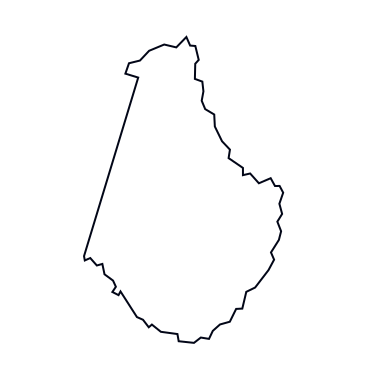 outline of Suwannee, Florida, United States of America, rotated 197°
{"feature_id": "52423323B35502407860174", "entity_name": "Suwannee", "entity_type": "district", "adm_level": 2, "iso_a3": "USA", "parent_name": "United States of America", "parent_adm1": "Florida", "projection": "equal_earth", "projection_center": [-83.03, 30.162], "detail": "fine", "context": "isolated", "style": "outline", "palette": "ink", "viewbox_px": 384, "rotation_deg": 197, "n_neighbors": 0, "source": "geoboundaries", "source_scale": "gbopen_adm2", "svg_char_len": 937}
<svg xmlns="http://www.w3.org/2000/svg" viewBox="0 0 384 384"><g transform="rotate(197 192 192)"><path d="M96.0,139.7L93.7,151.3L98.8,157.3L94.9,171.6L95.3,180.5L101.7,188.6L99.4,197.4L105.0,206.3L104.6,218.0L110.0,223.4L114.4,222.0L120.8,228.2L130.6,219.9L141.8,226.7L148.2,223.0L150.3,229.9L166.9,235.1L168.1,243.6L178.1,249.3L189.3,261.3L193.4,272.6L203.6,275.1L209.4,282.1L210.5,291.6L214.4,300.6L222.3,301.0L226.4,315.6L224.2,320.3L231.5,332.6L236.6,331.5L242.7,338.6L249.3,325.7L261.7,324.9L274.3,314.5L280.2,302.5L289.9,296.7L290.3,285.7L276.9,285.7L276.5,99.1L274.5,95.2L270.0,99.1L261.5,93.9L256.7,97.0L251.6,87.7L241.6,84.2L237.1,79.1L238.9,73.1L232.1,71.9L231.3,76.0L208.1,56.3L201.5,55.5L193.8,50.0L191.6,53.5L180.9,49.2L164.4,51.9L161.1,45.4L146.0,48.3L141.0,55.4L132.8,56.5L131.5,65.3L126.5,73.5L117.9,79.0L115.6,93.1L109.8,95.2L110.9,112.4L103.7,119.1L96.0,139.7Z" fill="none" stroke="#020617" stroke-width="2"/></g></svg>